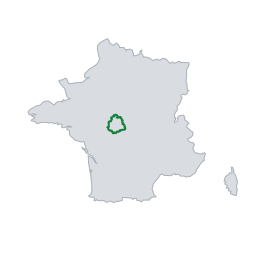 Indre on a map of France (Mercator projection), rotated 346°
{"feature_id": "FRA-5309", "entity_name": "Indre", "entity_type": "Metropolitan department", "adm_level": 1, "iso_a3": "FRA", "parent_name": "France", "parent_adm1": "", "projection": "mercator", "projection_center": [1.588, 46.82], "detail": "fine", "context": "in_parent", "style": "outline", "palette": "green", "viewbox_px": 256, "rotation_deg": 346, "n_neighbors": 0, "source": "natural_earth", "source_scale": "10m", "svg_char_len": 5740}
<svg xmlns="http://www.w3.org/2000/svg" viewBox="0 0 256 256"><g transform="rotate(346 128 128)"><path d="M196.0,106.3L194.4,107.2L193.5,109.0L192.5,109.4L190.6,109.4L189.8,108.3L187.6,109.0L186.7,110.1L188.0,111.5L183.6,117.2L180.9,118.7L180.3,122.3L177.1,125.1L175.8,128.0L175.7,128.5L176.6,129.5L176.2,131.4L174.6,132.6L174.6,133.8L175.0,133.9L177.6,133.0L178.5,131.9L178.0,130.3L180.5,128.5L185.1,129.0L185.6,131.4L185.0,133.5L188.3,138.0L185.4,140.1L185.3,141.4L188.2,145.9L190.0,147.8L189.0,150.8L185.9,152.7L184.0,152.5L183.1,153.0L183.2,153.9L184.6,156.6L187.9,158.4L188.4,160.4L187.5,161.1L185.9,164.2L186.6,165.7L186.4,166.3L186.7,167.3L187.6,168.4L192.1,170.9L196.3,170.5L196.8,171.9L194.3,175.9L194.4,177.7L193.1,177.7L192.9,178.3L190.3,179.6L186.2,183.6L184.3,184.7L183.5,186.7L182.4,187.8L176.5,190.1L175.4,189.6L172.5,189.7L170.7,188.2L167.2,187.3L166.1,185.2L162.9,184.9L162.7,183.5L158.2,184.7L151.8,182.8L149.6,180.8L147.8,181.3L146.1,183.1L139.3,188.0L136.6,192.9L137.1,198.7L138.6,201.5L134.5,201.0L132.0,201.9L131.4,203.1L125.5,201.7L123.3,202.9L122.7,202.8L121.9,201.6L119.0,200.2L119.5,199.3L119.1,198.4L116.4,197.7L115.4,198.6L114.4,196.9L106.8,194.3L105.5,194.3L105.0,196.9L100.1,196.9L99.4,196.4L96.3,196.9L92.9,194.5L89.2,195.0L86.9,192.5L84.7,192.3L81.5,191.0L80.1,190.3L79.9,189.6L79.0,190.7L77.8,190.5L77.5,190.1L78.3,188.7L78.4,187.1L74.5,185.9L73.5,184.7L73.5,184.1L75.6,183.6L77.5,181.3L79.3,173.1L80.6,163.3L81.6,161.4L82.8,160.9L81.8,159.5L80.6,161.3L81.3,152.2L82.7,145.3L86.1,148.2L86.8,149.4L87.8,153.5L89.7,155.2L88.5,153.5L87.3,148.1L86.5,146.5L81.2,141.9L81.1,140.9L83.4,141.4L82.4,138.0L81.9,130.7L78.7,130.0L73.6,126.9L70.0,121.3L69.6,119.2L70.5,117.0L69.7,115.5L68.2,114.6L69.4,112.6L70.4,112.4L74.1,113.6L71.1,111.7L66.2,112.3L64.2,111.7L63.9,110.4L65.2,108.7L63.6,107.6L60.7,107.8L60.4,107.4L61.2,106.1L60.5,105.7L58.2,106.1L56.9,105.7L55.7,104.3L52.0,104.0L51.1,103.2L46.0,101.6L40.7,101.8L39.2,99.0L35.9,97.6L36.5,96.7L39.8,95.9L40.4,95.1L38.1,93.9L37.2,92.7L41.6,92.5L39.6,91.2L35.4,91.3L34.8,89.6L35.3,87.8L37.8,86.3L44.0,84.5L48.4,84.5L51.6,82.5L54.7,81.9L57.7,82.9L61.8,87.9L65.0,85.7L69.7,85.8L70.7,87.0L72.0,84.7L73.1,86.1L78.9,85.6L77.5,84.7L76.4,82.6L76.2,74.7L73.2,69.0L72.5,66.9L72.6,65.1L76.1,65.4L79.0,64.6L80.4,65.2L80.8,68.9L82.0,71.0L90.0,71.7L94.7,72.8L98.6,70.7L102.3,69.8L102.5,69.3L100.4,69.5L98.5,68.6L98.2,67.6L99.3,64.7L104.8,61.5L113.0,58.7L115.1,56.9L117.6,53.6L117.0,52.7L117.4,43.6L118.6,40.6L121.7,38.4L129.7,36.2L130.7,39.1L130.6,40.8L132.8,43.4L133.8,44.2L137.3,42.8L139.0,45.2L139.5,47.9L143.6,49.0L144.9,52.5L145.6,51.7L148.3,51.9L149.5,52.2L151.2,53.7L150.7,55.8L151.4,56.8L150.7,58.7L151.2,59.5L156.0,59.5L157.5,58.6L158.1,56.7L159.6,55.6L160.1,55.9L159.2,59.5L159.9,60.4L160.2,63.0L162.0,63.2L165.6,65.2L168.5,68.6L172.2,68.0L175.1,69.9L178.1,68.9L180.9,69.9L181.9,70.9L184.5,75.6L186.6,74.6L188.0,75.2L188.5,76.5L193.9,75.7L194.8,77.0L195.9,77.5L202.8,79.3L202.8,81.0L198.9,85.9L197.2,92.9L196.0,95.3L195.6,97.2L195.9,98.4L195.7,100.2L194.9,104.7L195.3,106.0L196.0,106.3ZM220.3,194.9L219.9,197.5L220.9,199.3L221.2,206.8L219.3,210.4L218.9,214.7L216.5,219.8L212.7,217.5L211.5,216.3L212.6,214.3L210.4,213.2L210.9,211.3L210.7,210.4L209.1,210.3L209.0,209.8L210.2,208.3L210.1,207.4L208.7,206.2L208.4,205.2L209.8,204.1L209.2,203.0L208.4,202.8L210.3,199.4L211.6,198.4L214.6,197.4L215.8,196.1L217.8,196.8L218.1,196.5L218.8,191.1L219.4,191.0L220.1,191.7L220.3,194.9ZM81.5,138.4L81.0,140.0L79.0,137.2L78.7,135.7L81.5,138.4Z" fill="#d9dde1" stroke="#a8b0b8" stroke-width="1"/><path d="M113.8,116.3L113.9,116.2L114.0,115.7L114.4,115.7L114.5,115.6L114.6,115.2L114.5,114.8L114.3,114.4L114.1,114.1L115.4,113.4L116.0,113.2L116.7,113.4L116.8,113.0L117.0,112.7L117.3,112.7L117.6,112.8L117.6,112.6L117.7,112.3L117.7,112.2L118.2,112.3L118.4,112.4L118.6,112.5L119.3,112.1L120.8,113.5L120.8,114.0L120.6,114.5L119.9,115.2L120.2,115.4L121.4,115.7L121.6,115.6L122.2,115.4L122.4,115.3L123.1,115.4L123.4,115.5L123.5,115.7L123.5,115.8L123.6,116.0L123.5,116.3L123.4,116.6L123.4,116.8L123.5,116.9L123.8,117.2L124.0,117.4L124.1,117.7L124.1,118.0L123.9,118.5L123.9,118.8L124.0,119.1L124.5,119.3L124.6,119.5L124.1,120.2L124.0,120.4L123.9,120.8L123.8,121.1L123.9,121.4L124.0,121.5L124.3,121.7L124.4,122.0L123.9,122.5L123.7,122.9L123.8,123.0L124.5,123.3L124.8,123.5L124.7,123.9L124.8,124.1L125.1,124.4L125.3,124.6L125.3,124.9L125.3,125.2L125.2,125.4L124.9,126.0L124.9,126.3L125.0,126.3L125.2,126.5L125.3,126.7L125.4,127.1L125.4,127.4L125.4,127.6L125.2,127.8L124.9,128.1L124.8,128.4L124.7,128.7L124.2,128.8L123.8,128.6L123.0,128.6L122.9,128.6L122.7,128.4L121.3,128.4L121.2,128.4L120.8,128.6L120.7,128.7L120.4,128.6L120.1,128.2L119.9,128.1L119.7,128.3L119.6,128.5L119.6,128.8L119.6,129.0L119.4,129.1L118.7,129.0L118.4,129.2L118.3,129.3L118.2,129.4L117.8,129.4L117.7,129.3L117.7,129.2L117.6,128.9L117.2,128.9L116.8,128.8L116.7,128.8L115.7,129.7L115.2,130.0L114.7,129.6L114.5,129.4L114.5,129.2L114.3,129.1L114.2,129.1L114.0,129.3L113.9,129.5L113.6,129.6L113.1,129.7L112.9,129.7L112.7,129.7L112.4,129.5L112.1,129.3L112.4,128.5L112.2,128.3L112.0,128.2L111.8,128.1L111.7,127.9L111.7,127.7L111.8,127.2L111.7,127.0L111.6,126.8L111.5,126.7L111.4,126.6L111.2,126.5L110.3,126.5L110.2,126.5L110.1,126.3L110.1,126.1L109.9,125.9L109.7,125.9L109.3,125.7L109.0,125.4L108.9,125.2L108.7,124.7L108.6,124.1L108.7,123.8L108.7,123.7L108.8,123.6L108.8,123.4L108.7,123.2L108.6,122.8L108.5,122.7L108.3,122.4L108.8,122.1L109.1,122.6L109.6,122.3L109.9,121.4L110.3,119.3L110.3,119.0L110.3,118.8L110.6,118.6L110.6,118.4L110.6,118.0L110.6,117.7L110.8,117.4L111.2,117.2L111.9,117.0L112.1,117.0L112.7,117.3L112.9,117.4L113.4,116.9L113.7,116.3L113.8,116.3L113.8,116.3Z" fill="none" stroke="#15803d" stroke-width="2"/></g></svg>